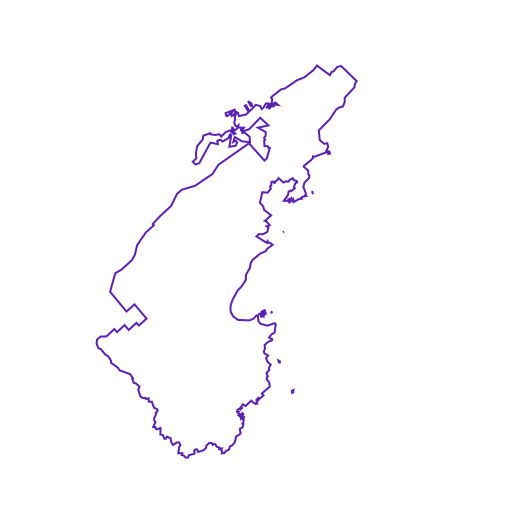 Cook, Queensland, Australia, rotated 44°
{"feature_id": "25037944B35622910690770", "entity_name": "Cook", "entity_type": "district", "adm_level": 2, "iso_a3": "AUS", "parent_name": "Australia", "parent_adm1": "Queensland", "projection": "natural_earth1", "projection_center": [143.95, -13.681], "detail": "fine", "context": "isolated", "style": "outline", "palette": "violet", "viewbox_px": 512, "rotation_deg": 44, "n_neighbors": 0, "source": "geoboundaries", "source_scale": "gbopen_adm2", "svg_char_len": 6154}
<svg xmlns="http://www.w3.org/2000/svg" viewBox="0 0 512 512"><g transform="rotate(44 256 256)"><path d="M168.5,174.6L161.9,175.2L160.7,177.0L160.0,176.0L157.8,176.0L156.8,174.1L154.8,175.2L158.2,172.1L158.4,174.8L160.2,175.0L163.0,169.6L163.0,153.6L174.2,153.5L168.3,162.3L176.9,160.1L179.4,162.8L179.9,165.7L181.8,166.0L181.9,167.5L185.8,171.1L188.1,168.8L189.7,169.6L190.8,168.7L196.0,178.2L195.8,181.5L172.7,179.8L165.6,216.3L167.7,227.2L163.4,247.8L156.7,259.7L156.0,266.1L160.2,279.1L159.3,293.3L159.5,304.8L161.2,304.9L160.4,315.6L163.0,330.9L168.0,339.2L169.6,345.2L168.7,359.5L166.7,366.1L175.9,383.1L201.4,385.9L202.2,375.2L220.8,377.1L220.0,387.4L216.5,387.1L215.8,397.6L209.5,397.0L208.9,407.3L204.8,407.0L204.3,417.7L200.2,421.9L199.7,426.5L202.1,429.7L206.5,431.8L209.1,430.7L215.4,431.6L219.5,430.8L224.5,432.0L225.9,433.5L234.7,432.3L237.1,433.1L247.5,428.4L252.4,429.3L252.2,430.3L256.1,432.2L258.0,431.1L262.9,430.9L264.1,433.9L270.4,437.3L273.2,436.8L275.0,434.9L276.2,435.3L277.6,433.0L280.1,435.2L282.3,433.2L288.1,436.0L291.5,434.8L292.7,435.6L292.9,438.6L293.9,438.8L295.4,443.4L296.9,445.0L299.0,445.3L300.8,450.4L302.6,448.9L303.6,449.9L305.2,449.4L306.8,446.1L311.2,450.8L313.4,449.5L317.1,451.1L318.1,450.1L317.4,447.9L321.2,446.4L324.0,448.6L327.6,449.6L328.6,445.0L330.0,443.6L332.8,444.4L333.4,446.7L337.1,451.8L340.0,449.1L340.8,450.8L342.4,449.7L345.1,450.0L347.1,448.4L346.1,445.7L348.9,441.4L348.6,440.1L346.8,439.2L346.8,437.0L348.2,436.0L350.4,437.2L353.3,432.0L353.3,428.5L352.0,427.0L352.2,422.8L354.1,421.3L356.1,421.9L356.4,420.2L357.6,419.7L360.2,420.5L362.9,419.2L363.5,420.4L365.2,418.2L365.6,419.9L367.4,420.0L368.5,421.7L370.2,419.6L369.8,417.4L371.1,413.8L369.5,411.2L370.5,408.2L370.1,404.8L367.1,399.5L368.2,395.7L367.8,393.9L364.6,391.8L365.3,388.5L364.0,385.9L363.6,385.6L362.9,386.2L361.9,386.0L362.7,385.9L362.5,384.6L361.0,382.5L358.7,382.7L358.4,383.7L357.3,382.5L353.9,382.8L354.0,381.7L357.1,381.8L356.9,378.7L355.4,378.5L355.2,381.0L352.7,381.3L351.6,381.2L351.7,380.1L350.4,381.0L349.6,379.4L350.2,377.2L351.3,377.3L351.5,375.0L350.1,375.2L349.6,371.8L352.7,371.2L353.1,362.4L353.2,363.4L355.7,363.3L358.4,362.8L359.4,361.4L357.8,360.8L357.8,358.2L356.3,359.0L356.2,356.4L357.7,356.5L358.3,351.1L355.7,350.8L356.7,340.5L353.4,337.8L349.3,337.3L348.0,335.6L348.2,334.4L344.9,333.0L344.7,328.7L343.0,327.6L342.1,324.0L337.7,324.1L334.2,322.5L333.7,319.1L330.0,320.2L328.0,319.4L326.9,316.5L324.0,314.0L324.3,309.8L326.0,305.4L325.6,304.6L322.1,305.6L321.6,301.7L322.6,298.2L317.6,291.4L316.1,291.3L312.6,298.2L306.5,301.6L302.9,301.2L298.9,297.7L297.6,298.3L297.8,302.8L295.9,307.0L287.4,314.5L281.7,315.3L276.7,313.8L274.6,312.0L271.9,308.8L269.5,303.5L266.7,293.5L266.8,288.5L265.4,280.3L261.9,276.6L259.9,268.9L257.2,264.8L256.2,261.3L257.4,251.3L259.6,245.9L259.1,242.7L260.2,236.4L256.4,236.9L255.4,238.4L253.9,237.3L254.1,239.2L242.8,241.6L243.0,238.1L245.8,235.6L247.4,230.7L245.1,226.9L243.0,227.3L244.5,224.3L239.1,223.8L238.0,224.5L238.7,216.3L229.8,217.2L226.6,215.3L221.8,215.0L216.3,205.7L220.4,202.3L219.9,197.3L217.8,196.1L217.8,194.4L215.7,192.1L216.5,190.6L218.3,190.8L218.8,189.7L218.0,188.9L218.7,186.2L218.1,184.3L224.7,184.1L225.6,181.6L227.7,179.9L227.3,177.9L228.4,174.5L230.1,175.2L233.1,173.8L234.0,174.9L234.6,173.5L233.8,176.6L235.6,180.3L236.9,180.4L236.3,185.0L235.4,185.0L234.7,186.9L236.6,189.9L237.7,196.9L240.6,194.1L242.6,194.3L242.6,193.1L241.4,191.4L241.3,189.8L243.7,191.1L243.5,189.4L245.6,191.0L247.3,185.4L249.1,183.0L248.1,182.8L248.1,181.5L250.4,178.0L249.1,178.2L248.9,176.6L242.0,173.4L239.9,169.4L240.0,162.9L238.4,160.9L237.3,161.1L234.2,158.3L228.2,158.6L227.8,157.8L229.0,149.2L228.9,145.9L227.8,144.8L229.2,143.9L234.5,132.6L236.4,131.4L237.2,132.4L238.1,130.9L236.2,129.9L233.4,131.3L232.1,127.3L228.9,125.4L227.0,128.0L221.3,128.3L213.9,122.0L214.1,106.7L212.0,95.0L212.4,91.9L214.6,88.1L212.9,83.6L209.9,80.6L209.6,66.3L207.6,63.4L206.9,60.2L185.4,60.2L183.1,63.4L183.5,69.0L182.5,71.4L183.6,74.6L167.5,76.7L168.2,82.6L166.6,94.1L163.5,100.7L160.5,115.2L158.3,118.8L156.7,130.3L156.8,131.6L158.6,131.8L160.5,134.2L161.1,136.1L160.0,137.9L160.9,138.8L161.9,138.7L163.2,132.2L166.9,132.0L164.4,133.8L164.8,136.2L163.0,137.8L163.3,141.4L161.8,139.1L160.8,140.0L160.7,142.6L159.5,137.5L158.4,138.0L157.2,139.5L158.4,144.4L158.0,146.4L155.0,145.2L150.9,147.4L150.8,156.5L144.1,154.4L143.5,155.7L150.7,157.5L150.5,161.2L146.5,167.3L143.6,165.4L140.6,166.4L139.0,165.5L134.9,174.4L137.1,175.8L138.2,175.4L138.8,166.9L139.3,171.8L141.4,172.2L141.6,169.5L143.9,168.2L142.9,169.7L146.1,172.2L147.7,175.2L150.3,176.5L152.5,176.2L152.5,174.1L153.9,175.8L153.6,179.9L151.4,181.2L152.8,182.2L151.9,183.8L150.4,183.4L148.2,187.8L148.0,194.2L145.1,193.9L142.4,197.4L138.6,200.2L137.8,199.5L134.5,206.0L136.7,209.1L137.4,217.8L141.3,223.7L145.2,227.2L145.1,232.2L148.9,232.2L150.7,228.6L144.5,206.1L150.9,202.0L148.1,199.9L149.7,197.0L152.4,197.0L155.1,187.5L161.0,195.9L164.8,190.7L163.6,187.4L161.4,187.1L160.5,189.8L158.2,185.1L166.4,183.2L172.6,178.3L168.5,174.6ZM242.3,193.0L240.3,192.6L241.1,191.9L240.3,190.2L242.3,193.0ZM153.9,189.1L153.1,187.5L152.9,185.3L153.7,186.5L153.9,189.1ZM140.9,167.9L141.7,167.9L141.4,166.9L142.7,166.7L143.8,167.4L142.5,167.1L141.8,168.0L140.9,167.9ZM154.2,183.6L153.3,183.3L153.1,182.3L153.8,182.3L154.2,183.6ZM156.1,182.2L155.6,183.2L155.2,182.2L156.1,182.2ZM302.5,290.8L299.9,292.7L303.1,293.5L302.5,290.8ZM142.7,150.3L148.1,151.6L148.8,150.7L146.5,149.4L142.7,150.3ZM375.5,328.0L377.1,329.3L377.5,328.2L376.1,326.4L375.5,328.0ZM302.1,290.1L299.8,288.9L298.5,292.7L300.7,290.3L302.1,290.1ZM358.4,381.1L357.1,380.1L357.3,381.8L360.2,382.0L359.4,380.3L358.4,381.1ZM150.9,181.7L151.9,180.5L151.2,180.0L151.7,179.8L149.8,180.2L150.9,181.7ZM344.7,315.6L346.5,316.6L347.1,316.0L346.3,315.2L344.7,315.6ZM301.5,296.2L302.7,295.1L300.7,295.3L301.5,296.2ZM306.1,285.5L306.4,286.7L306.6,285.6L306.4,285.4L306.1,285.5ZM298.0,296.1L299.8,294.9L299.7,294.2L299.3,294.2L298.0,296.1ZM258.8,220.2L259.2,218.9L258.8,220.2ZM254.1,171.7L252.6,171.2L251.3,170.0L252.5,171.2L254.1,171.7Z" fill="none" stroke="#5b21b6" stroke-width="2"/></g></svg>